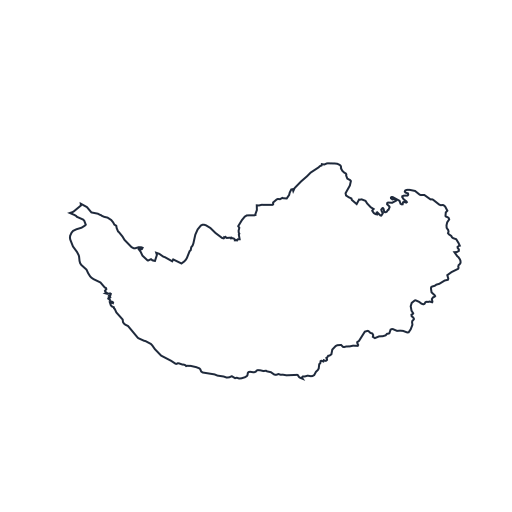 the district of Tebo, Jambi, Indonesia, rotated 118°
{"feature_id": "22746128B61304276790881", "entity_name": "Tebo", "entity_type": "district", "adm_level": 2, "iso_a3": "IDN", "parent_name": "Indonesia", "parent_adm1": "Jambi", "projection": "equal_earth", "projection_center": [102.337, -1.395], "detail": "fine", "context": "isolated", "style": "outline", "palette": "slate", "viewbox_px": 512, "rotation_deg": 118, "n_neighbors": 0, "source": "geoboundaries", "source_scale": "gbopen_adm2", "svg_char_len": 6087}
<svg xmlns="http://www.w3.org/2000/svg" viewBox="0 0 512 512"><g transform="rotate(118 256 256)"><path d="M386.0,266.0L385.3,265.3L383.7,262.1L382.2,256.6L381.8,253.2L382.2,252.0L383.7,250.2L383.9,248.4L380.0,237.0L379.7,233.9L377.6,228.0L377.1,224.8L375.7,222.7L373.5,220.9L373.7,217.1L372.5,215.8L372.1,213.4L370.9,211.5L368.2,208.8L366.3,207.7L365.2,207.6L363.1,208.3L362.0,208.1L361.0,206.9L359.9,203.7L359.2,202.7L358.2,201.9L356.8,201.6L355.9,200.8L354.9,198.5L354.1,195.4L352.6,193.3L352.7,192.2L351.6,188.3L352.1,184.4L351.8,183.1L351.1,182.0L349.7,180.8L349.3,178.5L348.2,176.6L347.0,173.0L341.7,164.0L341.5,163.4L342.7,161.0L342.8,160.0L342.5,157.2L341.8,158.5L340.4,158.1L339.4,156.3L337.4,154.2L336.4,151.2L335.5,149.8L333.8,148.7L330.1,148.7L327.7,147.9L325.9,147.8L321.8,149.4L320.6,148.9L318.4,149.6L317.8,149.1L317.5,147.0L316.2,147.2L316.0,145.5L315.5,144.9L314.4,144.5L313.7,144.9L313.0,146.0L312.0,145.5L310.2,145.4L309.4,144.3L307.4,143.3L302.8,144.7L298.1,143.4L296.6,142.3L294.6,139.1L295.4,136.4L295.0,135.4L293.4,133.7L291.9,130.9L289.6,128.2L287.6,124.0L286.6,124.0L285.4,125.6L284.6,126.2L282.6,125.2L271.7,124.4L269.7,122.3L269.5,121.4L270.2,118.9L269.8,116.9L270.8,115.4L272.5,114.9L272.7,112.5L269.2,109.6L267.3,106.4L265.2,104.3L263.2,103.8L262.1,102.3L261.5,102.0L257.8,102.6L256.8,101.8L256.3,100.9L255.9,96.3L254.2,93.6L253.1,91.0L252.5,86.5L251.7,85.4L248.1,85.0L243.3,85.6L241.2,87.1L240.1,87.5L237.8,86.9L237.2,87.2L236.5,88.3L236.1,90.3L234.8,91.2L233.8,90.4L232.8,90.3L231.3,93.0L228.5,95.2L227.8,95.8L224.3,96.5L220.8,95.0L220.2,94.3L219.9,90.5L220.4,87.5L220.1,85.6L219.2,84.8L217.3,84.7L216.5,84.1L215.5,82.1L214.6,81.2L214.4,79.7L214.1,78.7L213.5,78.8L211.5,80.5L209.5,80.3L208.1,79.2L207.3,79.0L206.7,80.0L205.7,83.9L202.8,86.1L201.4,86.7L200.3,86.2L198.4,84.2L196.6,83.3L194.5,81.1L189.1,77.9L186.9,75.4L185.7,75.6L183.1,78.1L178.4,75.8L172.4,71.5L171.4,71.6L170.3,72.5L168.8,72.8L167.7,72.3L166.0,72.2L164.4,73.1L163.3,74.3L162.0,76.7L161.7,78.2L159.5,82.6L158.2,80.5L156.3,79.3L154.9,80.0L154.3,81.6L153.4,82.3L151.6,81.5L151.2,81.0L149.5,83.2L147.2,87.1L147.7,90.4L147.5,91.7L146.6,93.0L146.3,95.9L145.7,97.2L144.2,97.4L143.3,98.1L142.6,98.8L142.6,99.1L141.6,100.9L139.5,102.2L136.5,103.0L133.0,102.6L132.0,103.7L131.8,105.0L132.0,106.8L131.7,107.5L128.4,108.9L126.2,108.3L123.6,112.1L123.2,113.4L123.2,114.9L124.4,116.7L124.6,118.3L123.2,126.0L123.3,127.1L124.1,128.5L123.1,136.0L124.8,139.1L125.0,140.3L123.9,146.1L125.5,151.5L126.4,153.2L127.2,154.3L128.2,155.0L129.4,154.8L129.8,153.7L129.4,151.2L130.4,150.4L131.1,150.4L131.6,150.7L133.3,153.8L134.6,154.9L135.3,154.6L136.6,152.3L137.2,148.8L137.6,148.1L138.3,148.4L138.9,150.9L139.6,151.4L141.5,150.8L142.0,151.5L142.0,152.9L139.9,155.2L139.8,163.0L140.3,164.0L141.0,164.3L141.7,163.9L142.0,162.1L140.8,160.9L140.6,159.8L140.8,158.8L141.4,158.3L145.1,160.8L146.8,164.5L147.7,165.0L148.8,164.5L149.6,161.6L150.1,161.0L153.0,160.7L153.5,161.2L155.3,161.3L156.4,162.0L156.8,162.8L156.8,163.5L154.5,165.5L154.1,166.2L154.3,166.8L156.2,167.2L157.1,166.4L158.8,164.1L161.3,164.3L161.6,164.4L161.8,165.2L160.5,169.5L160.9,169.8L161.8,168.7L162.4,168.5L162.9,170.1L162.8,172.1L161.7,174.3L161.3,174.7L159.3,174.2L159.1,177.6L157.4,182.6L155.9,185.2L156.4,189.3L157.6,190.8L157.8,191.5L162.9,191.5L161.5,197.7L160.4,198.8L160.6,201.5L160.3,204.9L158.5,206.4L149.7,206.2L145.3,207.4L144.8,208.5L144.8,211.7L142.6,214.2L141.5,214.6L141.0,215.4L140.9,217.5L140.2,219.9L138.7,222.0L138.4,221.8L138.6,222.0L137.0,223.1L136.5,223.9L136.3,224.9L136.4,227.5L137.3,229.8L140.3,235.8L140.9,236.8L143.2,238.7L144.0,241.0L145.3,240.6L146.7,241.8L148.3,242.3L156.7,246.9L161.7,248.4L169.0,251.2L177.9,253.8L181.1,253.6L179.7,254.9L180.7,256.1L184.2,256.0L186.5,255.4L190.8,255.9L192.3,259.3L192.3,260.0L194.6,261.5L195.4,263.5L196.4,264.3L200.7,266.0L202.4,265.1L203.2,265.6L208.2,275.1L210.0,277.1L210.9,279.1L215.0,276.8L219.3,276.2L220.0,275.7L220.9,276.6L224.4,283.1L226.5,284.4L230.9,285.3L238.0,285.7L238.9,284.0L241.9,283.2L243.6,282.1L244.1,281.2L245.2,281.2L248.9,278.3L249.9,280.0L251.2,280.1L251.2,280.9L251.8,281.4L252.1,282.0L251.4,282.3L251.0,283.9L251.5,285.4L251.3,286.1L252.2,286.4L251.9,287.3L253.8,290.3L253.5,291.9L254.0,292.0L254.2,292.8L254.7,292.5L255.6,292.8L256.0,294.4L254.7,302.6L252.7,309.4L252.4,314.5L252.7,316.3L253.5,317.9L255.0,319.0L259.9,320.0L265.6,319.6L274.3,317.2L276.6,316.9L278.6,317.3L281.5,316.4L282.9,316.9L290.1,316.1L292.2,316.2L294.5,316.8L297.6,318.3L297.9,327.5L300.0,327.5L299.8,335.8L300.1,337.6L299.5,342.4L300.0,345.6L301.6,344.0L307.8,342.9L308.2,344.2L308.2,345.5L307.8,345.6L308.4,345.7L308.1,347.2L310.7,349.2L310.8,349.7L309.0,356.4L306.4,359.9L305.0,362.9L304.6,362.9L304.2,360.7L303.5,360.0L302.0,360.0L302.1,361.2L303.3,363.7L306.1,366.5L306.6,367.7L306.6,370.1L303.5,379.7L301.5,383.0L299.3,388.2L299.1,389.3L296.8,392.1L294.9,393.6L294.8,395.8L293.4,397.9L292.2,400.7L291.8,405.1L292.7,408.4L292.9,411.0L292.7,412.0L292.9,413.1L292.9,415.5L294.8,421.8L292.2,428.2L292.1,435.3L293.6,434.3L302.1,437.8L303.4,438.6L305.4,440.5L305.0,435.5L305.1,433.4L305.5,432.7L305.0,425.8L305.5,424.2L308.3,421.0L309.6,421.4L312.9,423.3L316.7,427.1L319.7,429.3L322.0,429.8L325.4,429.6L327.3,428.8L328.7,427.7L333.5,422.1L336.5,415.9L338.5,413.0L339.5,412.0L343.2,409.5L344.9,407.9L345.9,406.1L347.6,399.3L350.0,396.1L351.8,393.0L352.4,391.2L352.7,388.6L352.4,380.9L354.8,374.8L354.7,373.5L355.5,372.6L357.7,373.0L358.3,372.2L358.6,370.5L359.6,371.3L359.2,369.5L357.5,367.2L357.6,366.4L359.4,366.1L360.1,366.9L360.8,365.6L361.6,366.5L362.3,365.5L362.7,366.4L363.0,366.4L363.1,365.1L364.3,363.5L363.9,361.1L364.2,360.3L364.8,360.2L364.8,361.5L365.5,361.8L365.8,363.0L367.7,361.0L368.2,359.5L368.0,357.4L368.9,356.8L369.1,355.8L371.4,352.8L374.7,343.9L376.8,342.4L377.6,341.0L378.0,339.2L377.9,336.1L383.6,322.2L383.8,321.4L383.4,315.0L383.0,313.6L383.0,307.5L383.7,305.5L385.7,301.6L388.5,293.0L388.4,281.8L388.9,276.5L388.5,275.4L387.5,274.8L387.0,273.8L386.4,270.0L385.8,268.8L385.6,267.0L386.0,266.0Z" fill="none" stroke="#1e293b" stroke-width="2"/></g></svg>